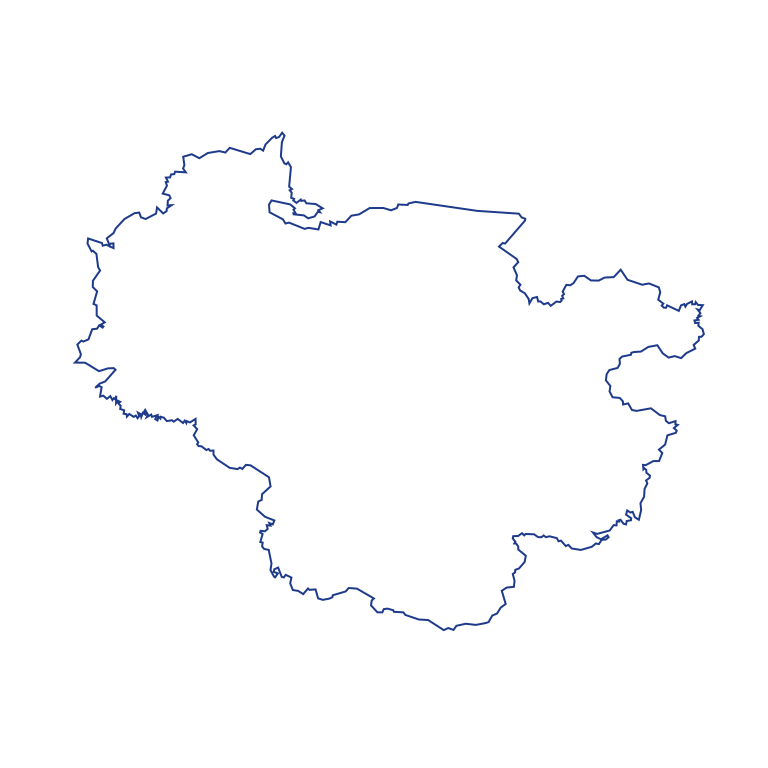 Mohnyin, Kachin, Myanmar, rotated 97°
{"feature_id": "60261553B43552707692155", "entity_name": "Mohnyin", "entity_type": "district", "adm_level": 2, "iso_a3": "MMR", "parent_name": "Myanmar", "parent_adm1": "Kachin", "projection": "mercator", "projection_center": [96.513, 25.308], "detail": "fine", "context": "isolated", "style": "outline", "palette": "blue", "viewbox_px": 768, "rotation_deg": 97, "n_neighbors": 0, "source": "geoboundaries", "source_scale": "gbopen_adm2", "svg_char_len": 6123}
<svg xmlns="http://www.w3.org/2000/svg" viewBox="0 0 768 768"><g transform="rotate(97 384 384)"><path d="M445.8,590.0L447.0,588.2L443.8,584.5L447.2,578.7L444.6,577.3L446.9,575.4L444.9,575.2L445.8,571.9L441.6,566.8L447.0,566.0L448.3,567.9L451.6,563.9L458.1,566.6L464.7,561.2L466.5,562.2L468.2,560.5L468.1,557.5L471.2,552.3L469.9,550.2L471.5,548.4L470.8,545.2L474.9,544.6L479.1,540.7L486.0,527.0L486.3,518.9L484.5,516.8L485.6,514.3L481.1,511.2L481.0,506.5L490.6,486.8L499.5,484.1L508.2,491.6L514.0,491.3L516.0,494.5L524.1,494.9L530.3,485.9L532.8,476.2L536.9,477.3L536.0,480.9L538.4,479.4L538.4,483.2L542.0,481.8L544.7,484.2L544.8,488.6L546.5,488.9L547.7,486.2L555.9,487.5L556.2,485.1L560.1,485.2L562.3,482.9L562.7,478.2L575.9,473.8L582.5,474.0L588.6,469.7L589.2,468.5L584.9,466.3L583.9,470.6L581.3,470.3L579.1,466.7L587.9,462.0L588.2,459.9L585.4,458.3L587.4,452.3L593.3,452.8L599.6,449.4L599.8,444.0L602.4,438.6L596.2,434.5L597.4,432.9L596.2,426.9L604.8,423.3L605.7,418.4L603.7,412.2L601.9,409.2L599.9,409.1L594.6,396.8L590.8,394.2L590.4,385.9L598.1,367.9L600.4,369.8L605.3,369.9L611.4,362.7L610.8,357.8L607.5,356.8L606.5,353.2L607.4,347.3L608.9,346.4L608.3,336.9L610.6,334.7L613.5,320.7L612.9,311.4L621.0,294.7L618.4,290.5L619.6,285.0L615.2,282.7L612.0,273.7L611.9,263.5L608.9,254.0L607.6,251.2L600.6,248.3L598.1,243.9L591.7,240.9L587.5,236.4L574.9,241.9L571.1,237.4L569.5,230.4L563.5,230.4L556.9,233.0L555.0,230.9L552.5,231.1L550.6,227.5L543.4,222.7L537.2,222.3L532.0,230.5L528.9,231.0L526.3,233.3L526.4,235.2L524.4,234.5L521.6,237.4L519.3,237.2L518.5,232.3L515.3,228.9L517.2,226.4L515.6,225.2L514.9,216.7L517.2,212.4L516.9,209.1L514.9,207.1L516.3,204.6L515.0,201.2L515.9,193.7L518.8,191.6L517.9,189.2L522.7,183.8L521.2,181.4L524.4,177.6L524.7,168.4L520.3,158.0L516.5,154.3L516.7,151.2L512.2,149.0L511.3,144.8L508.7,142.4L507.0,143.7L511.7,149.7L510.1,154.3L505.9,158.6L506.8,154.2L501.9,142.1L496.1,138.9L496.0,136.0L491.9,136.2L491.9,133.9L490.6,134.4L489.9,132.7L493.5,129.3L493.9,126.7L490.4,126.4L489.2,122.3L487.1,122.3L484.2,127.8L479.9,127.2L481.5,123.7L480.6,121.6L485.7,118.7L487.7,114.5L477.9,113.4L471.0,114.9L464.2,112.1L456.3,112.6L450.6,110.5L447.8,112.1L444.7,108.9L442.5,108.9L440.1,112.7L437.2,113.3L435.9,115.4L437.0,116.1L432.7,117.1L432.7,114.4L427.7,107.3L427.0,101.6L418.6,99.4L415.6,103.1L409.9,97.6L400.4,96.4L396.9,88.4L394.6,87.8L392.4,90.9L388.8,87.5L388.5,89.9L385.3,90.1L388.2,96.5L386.2,99.7L381.8,101.0L381.2,106.4L375.6,116.1L379.9,130.0L379.6,134.7L373.5,139.3L375.2,144.2L372.1,144.8L369.1,148.3L369.3,155.5L363.9,159.2L358.4,159.1L353.3,164.2L347.1,164.2L342.7,162.0L339.6,154.1L335.2,152.3L330.5,153.3L327.7,150.9L324.9,142.5L322.9,142.3L321.8,139.8L320.5,132.9L315.0,126.2L312.2,117.4L319.6,111.1L323.1,104.7L320.9,98.9L322.1,92.2L316.5,87.7L311.0,79.4L307.5,81.4L302.5,76.9L298.8,77.1L298.4,74.6L295.5,72.6L290.8,74.5L287.9,79.1L284.8,79.2L285.6,82.6L283.1,83.6L281.9,79.6L280.2,81.3L278.1,78.2L277.8,80.2L275.1,78.6L271.9,81.8L272.3,79.7L266.9,77.2L267.3,81.9L264.7,84.6L266.9,84.9L267.3,87.8L264.5,88.4L267.6,93.0L270.5,94.3L268.1,95.7L269.8,98.8L275.5,100.3L271.4,112.6L273.9,113.3L274.2,115.5L272.4,117.9L270.2,116.5L266.9,122.1L259.4,121.0L254.6,123.0L251.9,133.3L254.0,139.8L250.9,155.0L241.7,163.0L249.9,169.0L251.5,178.1L255.2,183.5L256.0,191.2L252.2,198.4L253.6,204.6L260.8,208.2L263.3,211.2L263.4,215.1L270.5,217.9L272.9,216.3L274.8,217.9L277.2,216.5L278.0,218.5L279.7,217.9L281.2,219.2L281.1,222.9L286.1,228.0L283.5,231.1L285.4,235.1L283.0,238.7L283.3,241.0L279.0,242.7L280.7,247.1L286.3,249.5L281.9,250.8L276.7,255.4L274.6,260.3L271.7,262.1L268.8,260.7L265.1,265.4L259.8,265.3L252.4,269.7L246.7,265.6L243.8,267.5L233.6,286.6L229.6,283.4L229.8,280.9L204.7,264.0L202.8,263.9L201.9,267.7L198.5,270.9L200.8,312.5L199.4,374.9L201.8,381.7L203.4,382.3L204.1,391.7L207.7,392.6L210.7,398.1L209.4,406.1L211.1,419.7L218.7,429.4L220.9,436.9L228.1,442.1L228.6,450.1L231.6,450.7L229.2,457.3L233.1,456.3L231.0,466.6L238.6,467.9L238.2,478.1L239.7,481.7L235.4,497.9L236.7,501.4L232.9,504.4L227.5,518.5L220.0,520.0L215.5,518.0L217.2,498.9L220.5,493.8L222.0,495.1L225.6,492.3L225.6,494.7L226.6,494.4L226.4,484.0L228.8,479.5L226.2,473.4L221.1,470.6L221.3,468.5L219.5,470.3L217.1,466.3L213.7,473.7L214.1,483.1L211.5,485.2L212.3,488.5L211.1,489.1L214.9,493.0L212.8,496.4L211.2,495.8L210.5,498.8L205.4,498.9L203.2,501.2L201.7,499.1L199.7,502.2L180.1,502.8L175.7,506.2L177.8,507.7L177.1,509.8L170.7,514.1L156.3,514.8L149.6,513.0L147.0,515.7L151.7,518.3L153.0,521.1L151.1,522.3L153.3,525.1L160.7,530.8L167.1,532.4L165.6,535.5L166.6,539.8L172.1,544.7L168.4,565.9L173.6,569.7L172.9,575.8L176.2,587.0L182.4,594.8L179.4,602.8L182.9,611.0L191.1,608.8L194.6,609.7L198.1,606.5L198.7,617.2L201.3,617.8L201.9,620.9L205.0,621.5L205.7,625.6L209.5,623.1L210.2,625.2L213.5,623.6L222.0,626.8L222.9,620.1L225.5,618.5L228.4,620.9L233.1,620.6L232.4,616.6L236.1,620.9L239.0,620.9L241.6,624.0L236.4,630.8L242.6,631.0L249.3,640.7L248.2,645.5L243.7,647.8L244.9,652.5L251.9,661.7L262.4,669.3L267.1,670.8L273.2,676.9L279.8,673.3L278.2,673.0L277.4,669.7L282.1,669.0L279.6,676.6L281.0,680.0L278.5,681.1L275.6,695.4L280.7,695.4L288.0,690.4L287.2,689.2L289.9,685.3L302.8,682.0L306.0,679.6L317.0,685.5L323.2,684.9L327.0,680.0L339.9,682.1L341.0,678.8L351.1,677.5L356.8,668.7L359.7,672.5L361.1,669.5L362.3,670.2L360.5,673.8L364.1,675.6L365.2,680.3L375.8,682.8L378.5,687.6L377.8,689.6L382.2,693.2L391.3,688.5L394.4,688.9L400.4,693.3L399.3,683.3L406.0,668.4L402.1,659.8L401.2,654.2L402.6,652.2L415.5,661.1L418.3,666.3L422.9,670.2L420.6,666.5L421.6,663.9L431.1,664.3L429.8,661.2L432.5,657.2L429.4,654.2L433.0,651.6L431.1,650.5L431.8,649.2L428.4,648.3L435.7,647.6L433.0,646.2L433.9,643.7L435.5,645.4L437.8,642.7L440.9,642.8L441.8,638.7L445.3,638.8L445.3,635.9L447.7,635.2L444.8,633.2L447.1,628.5L445.6,626.5L448.0,624.4L445.8,623.1L442.4,624.7L443.6,621.8L446.3,620.9L442.0,619.9L444.0,616.2L441.1,618.9L438.8,617.9L443.3,614.5L445.8,615.4L442.7,611.3L444.9,610.3L442.6,605.2L446.7,606.8L447.8,604.4L444.0,603.8L445.5,601.8L443.7,601.7L444.3,598.3L447.3,595.0L445.8,590.0Z" fill="none" stroke="#1e3a8a" stroke-width="2"/></g></svg>